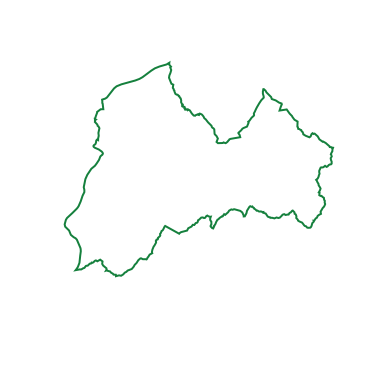 Envigado, Antioquia, Colombia (Equal Earth projection), rotated 29°
{"feature_id": "7082276B11340902680280", "entity_name": "Envigado", "entity_type": "district", "adm_level": 2, "iso_a3": "COL", "parent_name": "Colombia", "parent_adm1": "Antioquia", "projection": "equal_earth", "projection_center": [-75.537, 6.148], "detail": "fine", "context": "isolated", "style": "outline", "palette": "green", "viewbox_px": 384, "rotation_deg": 29, "n_neighbors": 0, "source": "geoboundaries", "source_scale": "gbopen_adm2", "svg_char_len": 5998}
<svg xmlns="http://www.w3.org/2000/svg" viewBox="0 0 384 384"><g transform="rotate(29 192 192)"><path d="M310.8,167.1L312.7,165.9L313.0,165.3L313.0,163.7L312.3,160.9L312.8,159.4L312.8,158.0L312.5,157.9L312.8,157.7L313.0,155.1L313.7,153.9L313.5,152.0L314.2,150.4L315.4,148.6L314.0,146.9L314.1,142.5L314.6,140.7L314.4,138.2L314.0,137.6L313.3,137.1L312.4,135.3L311.4,134.8L310.1,133.1L308.7,133.1L307.2,132.6L306.4,133.1L304.9,133.1L303.9,130.8L303.1,130.9L303.1,128.7L302.8,126.7L301.9,126.0L299.6,124.8L298.5,123.4L297.2,122.8L295.7,121.6L294.7,121.2L295.4,119.3L295.3,117.2L294.9,116.0L294.7,114.2L293.6,112.9L293.0,111.7L292.7,108.3L293.1,107.8L294.0,107.4L294.9,106.6L295.7,104.6L297.5,104.8L298.1,104.0L298.6,102.0L299.2,101.1L300.1,100.5L300.4,99.5L299.4,97.7L298.0,96.6L296.9,95.2L297.0,93.2L295.7,91.9L295.2,91.8L295.0,90.6L295.0,88.3L294.2,86.7L293.9,84.9L293.3,85.1L292.8,85.6L292.1,85.3L290.7,85.9L290.2,85.4L285.1,84.3L282.1,84.3L281.9,84.7L277.9,84.2L275.0,82.4L271.0,81.5L270.5,81.7L270.0,82.4L268.9,82.2L268.5,83.4L268.8,85.9L268.2,87.2L264.2,87.7L261.4,87.6L260.8,86.8L259.4,85.8L258.6,85.8L257.5,84.9L256.7,85.1L255.5,84.9L254.3,85.3L253.1,83.9L252.5,83.8L250.2,79.2L246.6,79.1L243.5,77.7L242.7,77.1L239.4,76.1L234.8,73.9L229.1,78.3L228.4,74.9L228.0,71.7L227.4,71.5L227.3,71.2L224.8,71.6L220.8,71.3L216.7,72.0L215.2,70.6L208.9,68.8L207.1,67.7L204.9,67.2L204.5,67.6L205.1,68.8L205.1,69.4L206.3,71.6L208.3,73.6L209.0,74.7L208.1,78.1L207.8,81.8L207.7,86.5L207.8,89.0L208.0,91.1L208.0,92.8L208.1,93.5L209.0,94.6L209.1,95.2L208.1,98.2L207.7,101.8L207.1,103.4L207.9,103.9L208.4,108.1L206.1,111.0L205.4,112.2L205.1,114.2L203.9,117.7L204.0,118.0L204.7,118.4L206.0,119.0L207.6,120.7L199.9,126.9L199.2,127.8L199.2,128.5L198.9,129.4L198.7,130.9L198.1,132.4L197.7,133.0L195.5,133.4L195.2,134.2L191.0,136.7L189.2,136.3L188.7,132.7L186.2,131.1L184.0,130.5L183.5,130.1L181.1,126.4L179.9,125.9L178.8,125.9L177.8,125.5L176.9,124.6L172.3,123.3L168.8,121.8L167.0,121.5L165.5,120.4L163.3,119.5L161.6,119.5L160.8,119.7L160.8,121.3L159.9,121.5L159.5,121.1L157.7,123.4L157.7,123.8L156.4,124.3L153.7,123.4L150.6,121.7L149.1,121.7L148.7,122.3L148.3,121.7L147.9,121.8L147.1,122.8L146.2,123.2L145.8,122.2L145.5,122.0L145.1,122.0L144.9,122.6L144.7,122.5L144.1,121.2L142.3,121.9L141.8,121.7L141.9,120.7L141.7,120.6L141.6,120.2L141.2,120.3L141.2,119.9L140.4,119.8L138.9,118.7L138.2,117.2L136.7,115.6L135.8,115.4L134.4,114.4L134.0,114.6L133.8,114.3L132.2,113.9L131.4,114.3L129.9,114.2L127.8,112.5L127.4,111.8L126.6,111.6L126.1,110.9L124.7,110.2L123.6,107.2L121.5,107.3L116.5,103.2L115.7,101.0L115.4,98.3L114.7,95.4L112.6,93.6L112.9,92.6L110.2,91.6L109.5,89.9L108.0,92.7L102.8,97.9L99.6,101.8L97.6,105.5L93.1,115.5L91.2,118.6L88.3,122.0L78.1,132.0L74.8,136.1L73.6,139.2L71.8,150.5L70.9,152.3L68.6,154.8L70.0,156.8L70.3,157.6L71.0,158.0L74.3,162.6L72.0,163.9L70.2,168.0L70.6,168.7L71.1,172.2L71.6,174.4L71.3,174.8L71.7,175.3L71.8,175.1L72.1,175.5L72.6,175.4L72.4,175.8L72.7,176.0L72.6,176.8L73.0,177.2L73.1,177.8L76.5,178.9L77.4,179.9L78.4,180.0L80.1,181.1L81.5,185.7L83.2,188.1L83.9,190.6L84.7,192.1L83.6,192.1L83.4,192.6L83.4,193.7L84.0,195.1L84.3,196.7L84.0,197.7L83.5,198.6L83.5,199.6L84.2,200.2L85.6,200.4L89.9,200.0L93.4,200.4L94.7,200.9L95.5,201.7L95.5,202.9L95.0,204.0L94.6,205.4L95.1,208.9L94.8,213.1L94.4,216.1L92.7,220.5L92.1,227.7L92.5,232.4L95.0,240.3L96.8,242.3L97.9,244.3L98.1,248.3L99.2,254.2L99.7,259.5L99.5,261.4L99.2,262.8L97.6,268.3L95.3,275.3L95.2,277.5L96.3,282.0L97.9,283.8L103.2,285.3L106.8,288.2L110.4,288.9L112.6,288.9L114.4,289.5L121.5,295.0L122.3,295.9L123.5,297.8L125.1,301.9L127.9,308.5L128.5,312.7L128.4,314.9L128.1,316.8L131.5,314.0L132.5,313.6L133.5,312.1L133.6,311.7L134.7,310.5L135.0,308.3L135.3,307.8L136.5,307.0L137.3,304.3L138.3,303.6L138.4,302.4L139.3,302.2L139.9,301.2L140.3,299.6L140.8,298.7L141.3,298.4L142.8,298.5L144.5,295.7L147.4,296.1L148.3,298.4L149.9,299.4L154.1,300.2L154.9,301.2L154.9,302.5L155.7,301.7L156.7,301.8L158.9,301.2L160.3,301.8L162.4,301.8L163.4,302.3L165.5,301.3L166.3,302.5L168.6,300.3L170.6,299.6L171.8,297.4L172.3,295.1L173.3,293.7L173.8,291.9L176.6,288.6L177.2,285.7L177.2,283.4L177.9,281.1L178.1,277.7L179.0,275.2L179.6,274.7L181.6,274.6L184.1,273.2L184.9,273.0L185.1,272.0L184.9,270.9L185.2,270.0L185.3,267.3L186.9,264.8L186.3,264.3L185.9,263.5L185.3,261.6L184.9,258.2L185.1,257.2L185.1,254.1L184.9,253.2L184.1,252.4L184.1,250.9L184.9,250.3L185.0,249.6L184.9,249.2L184.5,248.9L184.5,248.5L185.3,246.3L185.3,245.4L184.4,244.2L184.6,243.0L184.3,240.8L184.6,240.5L185.0,239.2L184.8,235.5L185.0,234.7L201.0,234.7L201.1,233.9L201.9,232.4L206.4,228.1L206.3,225.5L208.3,222.5L208.6,220.3L210.0,219.7L210.3,217.4L211.4,216.3L211.5,215.3L211.0,213.8L211.6,212.8L212.5,209.9L213.8,209.0L215.0,209.0L215.8,208.5L216.0,208.0L216.2,206.2L216.8,205.2L218.2,205.3L219.9,204.9L220.4,204.5L220.7,206.2L221.4,207.5L221.9,207.9L223.3,208.6L224.6,210.8L224.6,212.3L225.0,213.1L227.2,213.8L228.2,213.6L228.0,212.2L227.6,211.3L227.7,210.9L228.0,211.1L227.9,210.0L228.0,208.3L227.7,206.9L227.7,203.8L228.3,203.1L228.7,201.4L229.9,199.0L230.1,199.0L230.2,198.5L230.7,198.2L230.7,196.8L230.9,196.5L230.9,195.8L232.1,195.9L233.4,192.2L233.5,190.3L234.8,188.2L236.2,187.8L237.1,186.7L237.6,186.5L243.4,185.1L245.9,185.5L248.7,187.6L249.1,188.3L250.0,187.7L249.9,184.1L249.2,181.8L249.4,177.2L249.8,176.2L251.3,176.1L251.8,175.4L252.9,175.9L253.9,175.9L254.3,176.4L256.0,176.5L257.6,177.0L258.2,176.5L259.9,176.6L261.1,176.1L261.6,175.6L262.7,175.4L263.3,175.5L264.1,174.9L264.4,175.6L266.9,175.1L270.2,176.8L271.8,176.6L272.4,176.3L273.0,176.6L274.6,175.7L276.9,175.1L278.3,173.3L280.1,172.9L281.2,171.9L281.9,169.6L282.2,168.1L282.7,167.3L283.6,166.6L284.8,166.8L286.0,165.9L286.9,165.0L287.4,164.9L287.5,163.0L288.3,161.9L288.7,159.9L289.1,159.4L291.5,160.1L292.3,161.3L293.6,161.3L295.1,162.6L295.8,164.2L297.9,164.9L298.6,165.6L300.2,165.7L303.2,165.4L306.3,166.8L307.1,167.0L308.4,166.7L309.9,167.3L310.8,167.1Z" fill="none" stroke="#15803d" stroke-width="2"/></g></svg>